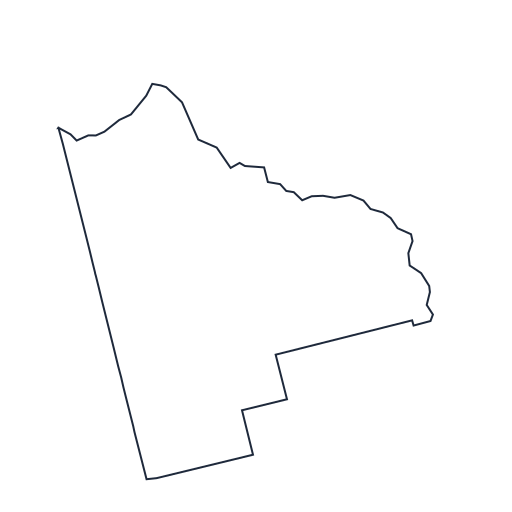 outline of Walla Walla, Washington, United States of America, rotated 76°
{"feature_id": "52423323B20376291216469", "entity_name": "Walla Walla", "entity_type": "district", "adm_level": 2, "iso_a3": "USA", "parent_name": "United States of America", "parent_adm1": "Washington", "projection": "mercator", "projection_center": [-118.574, 46.303], "detail": "fine", "context": "isolated", "style": "outline", "palette": "slate", "viewbox_px": 512, "rotation_deg": 76, "n_neighbors": 0, "source": "geoboundaries", "source_scale": "gbopen_adm2", "svg_char_len": 1105}
<svg xmlns="http://www.w3.org/2000/svg" viewBox="0 0 512 512"><g transform="rotate(76 256 256)"><path d="M83.8,416.8L83.8,416.7L100.6,416.3L197.0,416.1L204.0,416.1L211.1,416.1L211.6,416.1L223.0,416.2L232.8,416.2L234.3,416.3L236.6,416.2L248.5,416.2L263.1,416.3L272.7,416.3L297.2,416.3L306.5,416.3L310.4,416.3L329.7,416.4L341.2,416.2L351.2,416.4L352.6,416.4L358.4,416.4L361.2,416.4L391.5,416.3L397.0,416.5L398.8,416.5L446.1,416.2L447.5,406.3L448.1,307.0L402.3,306.9L402.5,260.6L356.5,260.8L356.2,120.1L361.6,119.9L361.3,102.4L355.6,98.5L344.8,102.2L333.1,96.0L327.0,95.2L312.6,99.9L302.4,109.2L290.1,107.5L279.4,100.5L272.4,100.3L263.3,111.9L251.8,116.1L244.5,122.3L238.1,133.5L228.2,138.3L219.7,149.7L218.5,165.7L213.8,176.4L211.5,187.5L213.1,197.7L203.2,203.9L200.2,210.9L192.1,215.2L187.1,226.6L172.0,226.7L166.0,245.0L161.7,249.4L164.4,259.3L141.3,267.9L129.0,283.9L89.0,290.6L70.5,302.3L67.4,307.2L63.9,315.0L73.9,323.7L88.4,343.1L90.9,355.7L98.7,373.0L100.3,382.2L98.4,389.5L100.6,402.1L93.1,406.5L85.5,414.8L85.0,415.3L83.7,416.7L83.8,416.8Z" fill="none" stroke="#1e293b" stroke-width="2"/></g></svg>